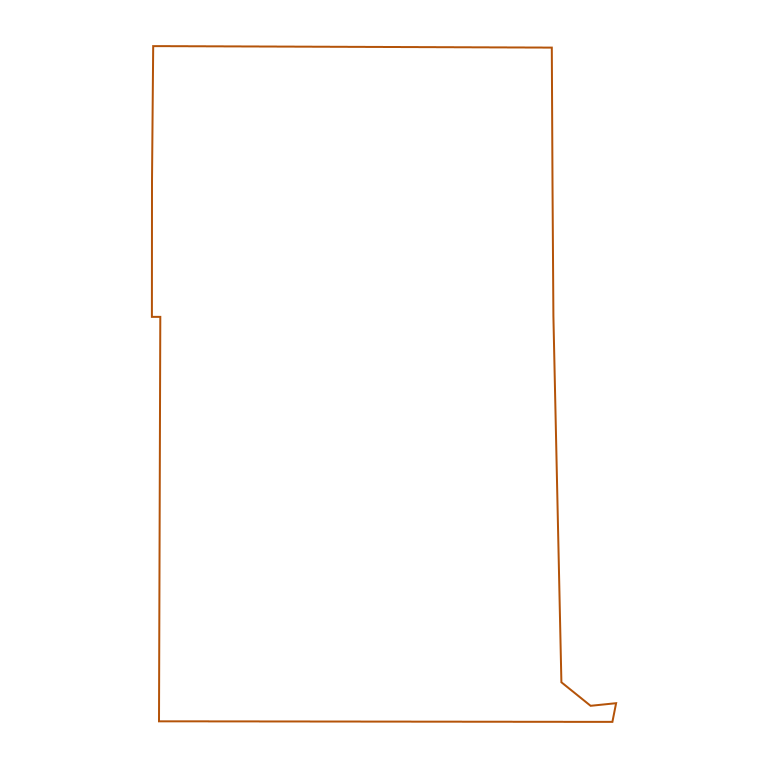 outline of Wadena, Minnesota, United States of America
{"feature_id": "52423323B93154946949473", "entity_name": "Wadena", "entity_type": "district", "adm_level": 2, "iso_a3": "USA", "parent_name": "United States of America", "parent_adm1": "Minnesota", "projection": "albers", "projection_center": [-94.914, 46.587], "detail": "fine", "context": "isolated", "style": "outline", "palette": "amber", "viewbox_px": 768, "rotation_deg": 0, "n_neighbors": 0, "source": "geoboundaries", "source_scale": "gbopen_adm2", "svg_char_len": 281}
<svg xmlns="http://www.w3.org/2000/svg" viewBox="0 0 768 768"><path d="M612.4,721.9L616.1,703.2L590.6,705.8L561.4,682.3L553.4,316.1L552.5,183.4L551.8,47.6L153.2,46.1L152.0,181.0L151.9,316.9L160.3,316.9L159.0,721.3L612.4,721.9Z" fill="none" stroke="#b45309" stroke-width="2"/></svg>